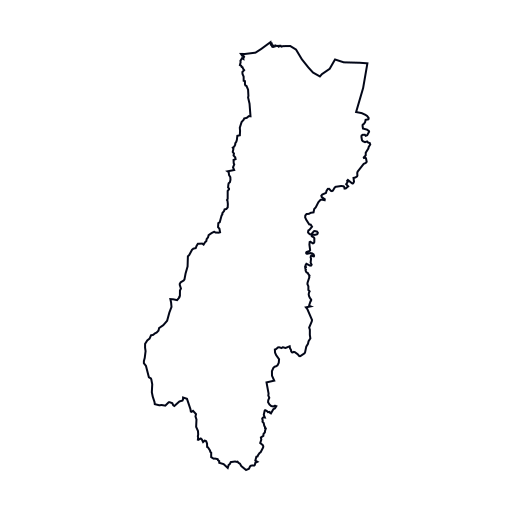 Mang Yang, Gia Lai, Vietnam, rotated 188°
{"feature_id": "81297802B73536270925214", "entity_name": "Mang Yang", "entity_type": "district", "adm_level": 2, "iso_a3": "VNM", "parent_name": "Vietnam", "parent_adm1": "Gia Lai", "projection": "natural_earth1", "projection_center": [108.295, 13.956], "detail": "fine", "context": "isolated", "style": "outline", "palette": "ink", "viewbox_px": 512, "rotation_deg": 188, "n_neighbors": 0, "source": "geoboundaries", "source_scale": "gbopen_adm2", "svg_char_len": 6076}
<svg xmlns="http://www.w3.org/2000/svg" viewBox="0 0 512 512"><g transform="rotate(188 256 256)"><path d="M258.4,467.6L259.9,466.9L260.8,467.6L261.3,467.2L262.0,467.4L262.6,466.5L263.5,467.2L264.3,466.8L266.2,467.2L266.5,466.1L267.3,465.9L267.8,466.3L267.9,465.5L268.9,465.4L269.9,466.7L269.7,467.8L270.2,468.1L270.1,468.8L270.6,469.0L271.0,468.4L271.4,469.8L279.7,461.7L284.8,457.3L295.1,454.5L299.0,454.0L297.4,452.3L296.1,452.3L295.5,451.6L296.1,450.4L295.9,449.4L297.3,450.0L298.6,447.1L298.2,445.8L298.5,442.8L297.1,442.3L296.5,441.2L295.7,441.1L294.8,439.6L293.6,438.4L295.1,436.3L294.7,434.4L293.2,431.9L292.6,427.8L291.3,427.6L290.8,424.4L290.2,423.4L289.1,423.1L287.0,419.6L285.8,413.5L285.9,411.9L283.6,405.9L280.9,393.6L282.6,393.5L284.4,391.5L286.8,390.6L287.2,389.2L288.9,386.7L289.9,380.8L289.2,377.7L288.8,373.3L291.2,372.4L291.1,368.4L291.4,366.4L292.2,364.8L292.1,363.3L292.8,361.3L294.1,360.0L293.3,359.1L293.5,355.8L292.1,354.4L292.2,352.4L290.3,350.8L289.7,349.1L291.6,348.0L291.0,344.8L290.3,343.7L291.1,340.6L289.6,338.1L295.9,335.9L294.7,335.3L294.0,332.5L292.4,330.5L291.9,327.9L292.1,325.5L293.2,324.2L293.3,323.0L293.2,320.0L292.1,319.0L292.0,318.3L293.1,316.5L292.0,308.6L292.5,307.4L291.9,306.7L291.1,303.5L290.8,300.2L291.9,298.4L293.6,297.8L293.9,296.1L295.3,293.7L295.1,292.5L295.7,291.4L296.6,284.4L297.9,283.3L297.6,279.3L296.0,277.9L294.9,274.5L296.2,273.9L299.4,273.6L300.8,274.2L303.1,272.6L305.8,270.1L306.1,267.8L307.2,265.9L307.3,263.8L308.4,262.5L309.5,260.0L311.0,260.8L315.3,260.0L316.3,257.6L316.8,255.4L319.0,254.6L320.2,253.3L322.3,247.6L323.4,246.2L322.3,236.1L323.3,229.0L323.6,222.8L324.3,221.6L326.9,219.5L327.6,217.9L327.5,216.8L325.8,213.3L326.5,211.3L325.8,205.8L326.3,205.1L326.1,204.4L328.0,201.3L331.8,201.6L334.8,201.4L333.6,198.1L332.6,193.8L333.9,188.1L335.0,179.5L338.2,174.6L341.9,171.2L342.2,168.5L343.8,166.3L345.1,165.5L347.0,163.5L348.9,162.9L349.9,159.4L351.9,157.3L353.6,153.6L353.1,149.8L352.1,146.4L352.0,139.6L352.4,136.4L352.1,134.2L349.7,131.9L345.2,121.0L343.0,120.1L342.5,119.2L340.9,114.5L340.2,106.6L338.7,102.4L336.2,97.3L335.6,95.2L330.9,94.7L328.8,95.3L325.0,95.2L322.1,99.0L321.2,99.2L318.4,98.6L317.2,96.7L316.0,96.1L311.6,101.3L308.7,102.6L308.3,103.8L308.5,105.7L304.5,105.0L299.6,95.2L298.9,92.9L298.1,92.7L296.8,93.9L293.4,91.1L293.6,88.7L292.2,85.8L291.5,78.5L289.1,74.6L288.4,71.2L288.5,69.4L288.0,68.0L288.0,66.0L287.6,65.9L285.3,67.6L284.1,66.8L282.5,64.4L281.1,66.1L279.6,65.7L278.4,63.5L277.8,60.1L276.9,59.8L274.4,56.9L274.1,55.8L273.0,55.0L272.4,50.6L269.8,49.4L268.3,49.7L265.7,49.5L265.2,48.5L263.9,47.8L263.6,46.1L259.1,45.4L254.5,42.2L254.0,45.3L253.0,46.3L252.3,48.4L248.1,49.6L246.7,49.4L245.7,49.8L244.5,48.7L243.0,48.1L241.3,45.9L236.1,42.7L233.4,44.3L232.6,46.8L232.1,47.5L230.5,48.1L228.7,48.2L228.1,48.9L227.9,51.1L226.0,52.4L228.2,53.3L227.7,57.3L226.6,57.7L226.2,59.2L225.0,61.5L224.1,62.3L222.3,67.4L222.3,68.6L223.0,69.7L225.8,71.4L225.2,74.9L225.9,77.0L223.7,78.9L223.8,80.9L222.7,82.5L222.7,84.3L222.3,86.6L223.1,86.8L223.4,88.1L224.2,89.0L225.1,91.6L226.5,92.8L226.5,94.2L227.2,95.7L226.8,96.8L226.0,97.3L224.8,97.3L226.2,99.8L225.9,104.0L225.5,104.6L224.9,104.5L223.2,103.7L222.4,103.0L220.9,103.5L220.4,102.7L219.3,102.2L217.5,106.7L216.0,107.8L215.0,110.1L216.4,110.4L217.9,109.4L220.0,109.5L222.0,110.8L223.7,112.9L223.8,114.9L223.1,117.4L224.4,119.6L224.4,121.5L228.0,132.3L220.6,135.1L223.5,139.7L224.2,144.2L223.2,147.7L222.1,149.0L220.9,149.5L219.5,150.7L218.6,153.4L218.8,157.0L222.3,160.7L223.7,163.0L224.3,166.0L223.3,166.5L221.4,168.6L220.0,168.8L217.9,168.4L216.7,169.4L214.0,169.0L210.1,171.3L209.5,169.4L208.2,167.7L207.9,166.5L207.0,165.6L206.2,165.6L205.3,166.3L204.2,166.2L201.0,164.5L199.2,162.9L198.2,163.0L194.4,166.4L194.0,167.5L193.6,173.3L192.3,176.3L192.1,178.9L190.7,182.0L191.7,185.3L192.4,190.5L193.4,192.5L191.7,198.9L191.6,200.4L197.8,210.6L199.4,212.1L194.9,213.7L196.4,214.1L196.5,214.5L195.7,218.9L195.2,219.4L195.3,220.5L196.9,222.1L197.9,223.7L198.5,225.4L198.4,227.2L198.0,228.5L199.4,229.6L199.9,233.2L201.2,235.4L201.2,237.0L200.2,242.4L200.5,243.4L200.3,244.1L201.6,245.2L202.0,246.1L203.8,246.9L204.7,248.2L204.9,248.7L204.7,249.5L205.3,250.1L205.7,251.5L205.8,252.0L205.1,252.1L205.7,253.7L205.0,255.3L201.1,254.0L200.1,254.2L199.7,255.1L201.0,257.0L201.1,260.9L201.7,262.2L201.7,263.4L201.3,264.2L199.2,263.6L198.6,263.7L198.5,264.2L199.2,265.6L200.8,266.4L202.5,266.5L205.7,265.3L206.3,265.4L206.8,266.0L206.5,267.0L203.7,268.4L203.2,269.3L204.7,274.7L204.8,277.3L204.2,277.7L201.4,276.4L200.6,276.9L200.2,277.9L200.7,281.7L201.4,282.5L203.5,283.3L203.8,284.4L203.1,285.0L200.7,285.1L198.7,285.9L198.2,286.5L198.0,287.6L199.0,288.7L201.4,288.9L202.1,288.6L204.4,285.0L205.5,285.0L207.1,285.9L207.8,286.8L207.7,288.6L206.7,289.4L204.6,292.8L206.2,294.7L207.7,294.7L211.4,299.0L212.7,301.1L212.8,303.0L211.8,304.6L209.5,305.1L207.8,306.4L205.1,307.2L204.9,310.6L203.6,312.5L201.7,318.0L199.9,320.6L198.6,321.0L195.8,320.8L195.8,321.8L199.1,323.5L199.7,324.8L198.9,326.1L195.5,328.2L195.2,330.4L194.2,332.5L192.9,332.7L190.8,330.9L189.9,330.8L189.0,331.4L187.6,334.7L186.8,335.6L181.3,337.2L178.9,337.2L178.3,336.7L177.7,335.1L176.5,335.4L174.4,337.8L176.7,339.7L175.6,341.9L176.2,343.2L175.6,344.1L171.3,341.5L170.6,341.2L169.9,341.5L169.3,343.2L170.3,346.9L168.5,347.6L167.0,348.9L166.8,349.8L167.3,352.3L167.1,353.7L162.2,362.2L160.3,363.4L159.5,364.7L160.7,368.1L161.4,368.5L162.7,368.1L163.0,368.6L161.4,370.9L161.7,373.6L159.7,378.1L159.6,379.6L158.4,382.3L159.1,383.7L160.7,383.9L161.9,384.9L163.9,383.9L166.3,384.6L167.2,385.5L168.2,388.7L168.2,390.0L167.2,390.9L165.1,391.2L164.1,390.3L162.7,391.1L161.3,394.8L161.5,395.4L163.7,396.6L167.8,397.1L168.6,399.7L168.6,400.9L167.5,401.9L166.6,403.7L166.4,406.1L163.9,406.9L163.6,407.4L163.7,408.4L165.4,410.1L167.3,411.0L171.2,412.2L176.9,412.5L173.3,437.2L172.5,462.3L180.1,461.8L196.0,460.0L205.1,461.6L209.1,451.6L216.1,445.2L217.7,442.7L225.1,445.6L230.4,450.0L238.0,457.2L245.1,466.0L251.3,468.7L258.4,467.6Z" fill="none" stroke="#020617" stroke-width="2"/></g></svg>